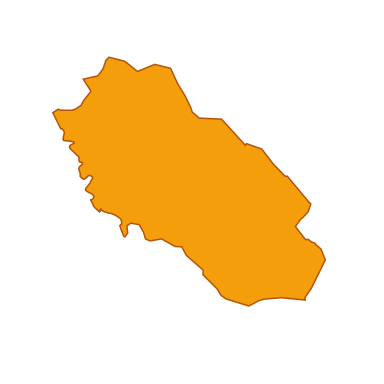 outline of Ikom, Cross River, Nigeria, rotated 312°
{"feature_id": "59680162B83284995722346", "entity_name": "Ikom", "entity_type": "district", "adm_level": 2, "iso_a3": "NGA", "parent_name": "Nigeria", "parent_adm1": "Cross River", "projection": "equal_earth", "projection_center": [8.557, 6.106], "detail": "fine", "context": "isolated", "style": "filled", "palette": "amber", "viewbox_px": 384, "rotation_deg": 312, "n_neighbors": 0, "source": "geoboundaries", "source_scale": "gbopen_adm2", "svg_char_len": 1781}
<svg xmlns="http://www.w3.org/2000/svg" viewBox="0 0 384 384"><g transform="rotate(312 192 192)"><path d="M187.5,348.5L189.0,346.6L199.3,345.3L202.9,344.4L230.8,336.5L235.9,326.0L235.8,320.2L236.2,317.7L234.8,314.0L234.6,310.1L232.6,308.2L235.5,291.9L236.3,291.9L244.5,291.0L247.2,291.5L254.5,291.5L256.3,291.1L261.8,288.5L262.6,288.3L262.7,285.8L267.5,252.2L266.0,250.6L267.1,234.1L270.6,215.1L264.4,200.1L262.4,200.4L265.9,165.2L251.7,147.9L251.6,138.6L254.0,134.4L258.9,122.3L262.8,109.0L269.6,93.3L261.9,78.9L245.1,70.8L244.2,54.6L236.6,40.1L232.0,40.0L223.7,43.6L215.3,44.3L203.1,35.7L199.4,49.0L198.9,49.6L187.7,50.2L182.0,51.6L175.7,49.9L172.4,48.1L164.8,39.6L164.1,37.2L157.8,35.5L151.1,52.2L152.1,53.0L151.8,55.1L150.9,57.4L147.6,59.2L144.8,60.9L144.4,61.9L145.2,63.3L148.2,67.5L150.0,70.6L150.0,71.2L149.5,71.7L145.3,70.2L143.5,70.8L142.6,72.6L142.5,79.9L142.4,83.5L142.0,84.9L139.4,87.3L139.2,88.9L140.4,90.2L140.4,91.2L138.8,91.8L135.0,91.5L133.2,92.6L131.2,96.1L130.4,97.2L128.9,98.2L128.5,100.9L129.0,102.8L129.8,103.7L135.1,104.1L136.2,105.7L136.7,107.4L135.8,109.0L133.6,109.2L130.5,110.2L123.3,110.7L122.1,111.8L122.4,114.9L123.7,119.2L123.4,121.4L122.3,122.6L120.3,123.0L118.3,122.0L117.2,124.9L115.6,128.5L115.3,131.3L115.3,136.6L116.5,136.7L117.7,135.5L118.4,135.5L118.1,138.1L118.8,140.1L120.0,143.2L122.1,146.6L123.3,149.8L124.3,155.6L123.7,158.5L121.2,161.1L118.7,160.9L116.5,164.7L113.4,171.0L113.9,172.3L118.6,171.6L123.3,166.3L127.9,167.4L132.4,174.6L129.8,182.6L126.0,188.9L127.6,193.6L136.8,200.8L138.4,208.1L140.3,216.0L144.3,221.0L141.1,230.5L141.4,252.6L137.8,255.6L136.8,275.9L134.6,282.6L135.3,288.9L138.1,295.0L145.3,310.5L155.9,314.4L160.8,317.4L160.9,317.5L173.2,329.1L187.5,348.5Z" fill="#f59e0b" stroke="#b45309" stroke-width="1.5"/></g></svg>